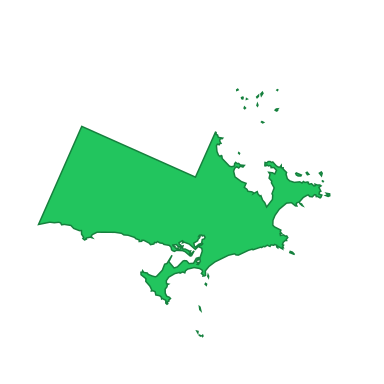 Lower Eyre Peninsula, South Australia, Australia (Mercator projection), rotated 294°
{"feature_id": "25037944B64122646541538", "entity_name": "Lower Eyre Peninsula", "entity_type": "district", "adm_level": 2, "iso_a3": "AUS", "parent_name": "Australia", "parent_adm1": "South Australia", "projection": "mercator", "projection_center": [135.614, -34.488], "detail": "fine", "context": "isolated", "style": "filled", "palette": "green", "viewbox_px": 384, "rotation_deg": 294, "n_neighbors": 0, "source": "geoboundaries", "source_scale": "gbopen_adm2", "svg_char_len": 6129}
<svg xmlns="http://www.w3.org/2000/svg" viewBox="0 0 384 384"><g transform="rotate(294 192 192)"><path d="M99.9,65.0L106.6,74.4L107.9,78.7L110.1,82.5L110.4,84.5L109.0,86.2L110.5,88.6L112.2,95.0L110.6,98.8L110.9,104.9L111.8,106.7L108.5,108.3L106.5,111.5L105.1,111.2L104.5,113.4L105.9,114.6L106.2,114.0L107.3,114.6L109.3,117.4L109.6,119.7L110.4,117.9L112.5,118.2L116.7,121.7L123.8,137.9L125.6,144.4L125.1,147.2L126.5,151.1L127.2,158.2L126.5,159.4L126.7,163.3L125.3,163.9L126.5,166.1L127.5,165.9L128.3,167.7L127.9,173.8L127.0,175.5L129.0,178.3L130.7,178.3L131.1,179.9L132.7,180.7L132.4,183.5L133.2,186.1L132.7,187.6L134.0,193.0L133.0,195.4L130.9,196.8L130.5,198.1L130.6,200.1L132.3,201.4L134.6,207.3L134.7,209.9L132.8,216.4L133.6,217.5L139.1,217.9L135.5,216.4L135.6,215.5L134.2,216.0L134.9,214.9L137.5,214.7L136.5,213.5L137.0,213.2L137.1,208.8L136.1,207.1L137.3,205.9L139.1,205.7L137.8,204.3L135.7,204.8L133.2,202.3L133.8,201.5L135.1,202.1L134.0,200.0L134.8,197.9L135.1,199.4L135.1,196.6L135.8,196.0L137.7,199.2L136.7,201.1L136.9,203.4L138.8,203.5L139.2,201.6L140.4,200.7L143.6,203.0L143.4,203.9L141.7,204.0L143.0,205.4L143.3,210.6L140.9,218.4L148.8,221.4L147.0,219.5L143.1,217.7L143.5,216.3L146.0,214.4L149.8,217.0L150.9,216.7L153.3,217.5L155.3,217.4L153.6,217.2L154.5,216.9L154.1,216.2L155.5,216.4L156.7,218.5L156.0,219.3L157.2,220.6L156.0,222.4L154.2,222.3L152.8,220.7L149.9,221.4L149.0,222.9L147.3,222.3L146.9,221.0L144.7,220.9L144.6,223.8L142.2,225.4L134.7,226.1L132.1,227.8L128.3,227.3L128.0,226.2L130.5,227.0L129.6,225.9L130.0,224.3L133.0,224.6L132.5,225.4L133.4,226.3L134.3,224.9L135.3,225.3L133.2,222.9L127.5,222.4L125.4,218.4L126.9,215.1L126.2,212.9L125.3,211.9L117.6,209.1L115.3,206.5L118.9,199.2L126.1,199.5L116.5,198.2L114.9,196.4L108.4,196.7L100.7,194.0L99.6,193.0L99.1,190.1L98.9,185.7L99.8,184.1L98.9,180.6L100.0,178.9L98.5,179.1L97.9,178.0L95.7,179.1L94.1,185.1L91.5,186.2L88.9,191.8L86.4,194.8L85.0,195.1L85.9,196.5L85.9,198.9L83.2,200.8L84.1,204.7L83.4,206.8L82.0,207.7L82.6,208.1L82.4,212.1L79.8,213.3L79.3,214.8L80.2,215.3L81.6,214.1L83.1,215.3L83.9,214.7L85.9,215.7L86.6,214.3L86.5,211.3L88.7,208.7L92.3,207.0L95.2,207.7L97.2,207.2L98.3,208.0L97.9,206.0L100.5,204.6L104.8,205.4L110.5,209.5L113.5,213.4L113.0,214.1L115.2,216.1L115.2,218.3L117.4,218.1L119.8,219.4L123.8,224.6L125.2,229.9L124.8,232.9L123.5,234.1L121.4,233.7L120.6,236.1L119.7,236.2L120.5,237.6L121.4,238.3L125.4,236.3L131.0,237.8L137.5,241.4L149.1,251.1L152.9,256.1L152.4,257.7L153.2,260.0L161.8,267.4L164.3,270.3L164.0,271.2L169.4,277.0L169.6,278.2L171.3,279.3L171.6,280.8L174.0,282.4L174.0,285.4L175.9,285.7L176.6,288.4L177.7,288.8L177.8,291.0L176.3,291.7L175.9,293.1L177.3,292.6L176.8,297.8L177.4,297.2L178.1,298.2L178.8,297.1L180.7,297.3L180.7,296.0L183.3,295.8L185.5,296.8L186.2,298.2L187.2,297.3L189.3,298.0L190.4,296.4L189.7,295.7L190.0,292.8L188.2,290.5L189.7,289.4L190.7,290.6L191.4,288.8L193.3,288.7L193.7,281.4L194.6,279.3L199.0,277.5L204.3,277.3L211.7,278.7L220.3,282.9L222.7,287.2L221.4,292.1L221.9,293.5L223.5,291.9L224.7,292.2L226.6,294.1L232.3,295.9L236.0,298.6L236.6,299.7L235.7,301.2L236.5,303.9L239.4,305.0L239.7,306.3L238.3,307.4L239.0,308.5L238.7,311.4L239.4,311.9L242.0,311.9L241.8,308.9L244.0,308.4L245.1,309.4L247.9,306.0L250.1,307.4L250.4,306.0L249.3,303.5L249.2,301.2L247.9,302.0L247.1,301.0L248.2,297.8L246.8,296.0L247.4,294.4L248.2,294.4L248.1,293.4L246.6,291.2L246.9,289.5L245.0,288.8L245.1,286.3L242.4,281.6L241.9,276.7L242.9,273.7L246.6,270.6L248.3,270.5L250.1,265.8L251.2,265.4L250.4,263.8L252.6,262.7L250.5,262.2L249.9,261.1L250.1,258.5L252.3,253.6L251.4,252.8L251.6,250.9L250.8,249.2L249.1,248.6L248.7,246.7L245.6,247.9L245.9,248.9L247.2,249.4L246.9,251.2L247.9,252.5L247.5,253.8L246.4,254.3L247.7,257.0L246.1,260.4L242.1,260.3L242.3,257.7L241.2,254.1L239.9,256.1L236.0,256.8L234.4,260.4L232.7,260.8L229.2,265.4L222.9,265.8L222.0,267.0L217.9,268.5L208.6,266.3L211.9,262.7L213.2,259.9L216.7,256.4L215.9,255.8L217.0,253.1L218.9,251.4L215.5,248.8L216.3,248.9L216.5,246.6L215.4,242.8L216.8,241.1L217.5,237.9L221.9,237.9L221.6,232.8L223.3,225.1L228.0,221.5L231.2,221.4L233.2,222.6L232.9,224.9L235.2,225.7L235.5,228.4L237.6,229.0L236.3,225.1L237.1,223.0L236.3,221.6L236.8,219.8L235.1,219.4L233.1,220.2L231.3,218.1L230.8,215.8L234.8,206.0L237.1,204.6L237.2,203.8L235.8,203.2L236.4,201.2L239.2,198.3L244.2,195.5L246.0,195.7L246.2,197.6L247.3,197.5L248.2,198.7L249.8,196.6L251.1,196.2L252.6,196.4L252.8,197.8L253.7,198.1L252.6,193.8L254.5,192.1L254.3,190.7L256.2,189.8L256.2,189.1L207.0,189.1L207.1,64.6L99.9,65.0ZM249.8,282.4L250.9,284.9L252.0,285.0L251.9,279.6L251.1,279.2L250.0,280.4L249.8,282.4ZM243.2,315.6L243.3,318.2L244.6,319.4L246.3,318.5L245.5,315.3L244.6,317.2L243.2,315.6ZM259.4,303.7L262.1,303.3L262.9,302.0L261.0,300.7L259.4,303.7ZM176.4,306.0L176.6,311.1L177.9,308.2L177.7,305.9L176.4,306.0ZM308.1,216.2L311.0,216.7L311.8,215.7L309.6,215.0L308.1,216.2ZM256.0,288.5L254.7,290.4L255.7,291.6L256.9,289.1L256.0,288.5ZM302.8,236.4L302.1,235.2L300.6,234.6L300.3,236.2L301.0,236.9L301.7,237.0L301.6,235.9L302.8,236.4ZM87.2,248.3L90.1,246.1L90.3,245.4L87.7,247.0L87.2,248.3ZM297.6,200.5L298.9,200.4L299.4,199.8L298.4,198.8L297.5,199.5L297.6,200.5ZM304.6,213.1L306.3,213.8L307.4,213.4L305.1,212.4L304.6,213.1ZM112.6,243.0L113.8,242.8L114.1,241.6L113.1,241.5L112.6,243.0ZM284.7,229.1L284.8,227.2L284.2,227.0L283.9,228.5L284.7,229.1ZM289.5,206.3L290.5,206.7L291.0,205.4L289.8,205.5L289.5,206.3ZM67.1,254.2L66.9,253.0L65.7,254.6L67.1,254.2ZM225.6,296.8L224.4,297.8L224.4,298.8L225.6,296.8ZM64.3,256.3L63.8,258.3L64.3,258.7L64.3,256.3ZM297.1,216.9L298.2,216.9L299.2,215.9L297.5,216.1L297.1,216.9ZM120.6,241.8L121.9,241.4L122.8,240.4L121.4,240.7L120.6,241.8ZM303.0,191.6L304.1,192.6L304.5,191.9L303.5,191.3L303.0,191.6ZM255.3,306.0L254.7,307.5L255.2,307.6L255.3,306.0ZM64.2,260.4L64.9,260.6L65.5,260.0L64.6,259.6L64.2,260.4ZM224.9,296.4L225.6,296.6L225.6,295.1L225.3,295.2L224.9,296.4ZM247.0,218.7L246.5,218.7L246.1,219.7L246.7,219.7L247.0,218.7ZM298.8,204.0L299.4,204.6L299.5,203.8L298.8,204.0ZM319.5,228.8L320.2,228.8L320.2,228.3L319.6,228.1L319.5,228.8Z" fill="#22c55e" stroke="#15803d" stroke-width="1.5"/></g></svg>